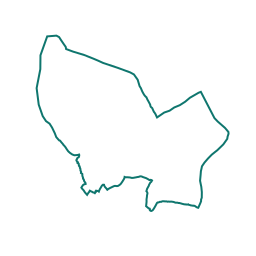 the district of Ogbomosho South, Oyo, Nigeria, rotated 191°
{"feature_id": "59680162B1338580155275", "entity_name": "Ogbomosho South", "entity_type": "district", "adm_level": 2, "iso_a3": "NGA", "parent_name": "Nigeria", "parent_adm1": "Oyo", "projection": "equal_earth", "projection_center": [4.225, 8.102], "detail": "fine", "context": "isolated", "style": "outline", "palette": "teal", "viewbox_px": 256, "rotation_deg": 191, "n_neighbors": 0, "source": "geoboundaries", "source_scale": "gbopen_adm2", "svg_char_len": 4622}
<svg xmlns="http://www.w3.org/2000/svg" viewBox="0 0 256 256"><g transform="rotate(191 128 128)"><path d="M28.7,143.3L32.8,146.6L41.2,151.5L45.0,154.2L63.4,177.4L65.4,176.1L73.0,169.5L76.9,164.7L81.5,160.3L86.5,157.0L90.5,152.9L95.4,150.1L101.5,143.9L102.2,144.8L102.8,145.7L103.7,146.9L104.8,148.1L105.5,148.7L105.7,148.8L105.9,149.1L106.3,149.7L107.1,150.8L107.9,152.0L108.5,152.5L108.8,152.6L109.2,152.8L109.8,153.3L110.3,154.1L110.5,154.6L110.7,155.2L111.6,156.3L112.3,157.2L113.0,158.0L113.6,158.8L114.3,159.5L114.9,160.4L115.8,161.7L116.4,162.0L117.1,162.5L117.5,162.8L118.1,163.3L118.7,163.9L119.5,164.8L120.9,166.5L122.2,168.4L122.9,169.5L124.6,171.3L127.7,177.2L132.4,181.7L136.5,183.0L149.5,185.1L164.8,187.1L170.2,188.4L175.4,189.5L184.9,191.3L196.5,192.5L203.8,193.7L204.6,195.7L207.4,198.4L210.5,201.5L213.0,204.1L215.9,205.0L224.8,202.5L227.8,182.7L225.3,169.0L225.3,149.7L220.1,133.9L214.0,123.4L209.8,119.1L205.8,117.3L202.6,113.9L198.8,108.8L196.7,105.4L194.4,103.6L193.2,102.7L192.2,102.6L190.9,101.4L189.2,100.1L188.5,99.5L188.2,99.1L187.4,98.6L185.8,97.3L184.0,95.4L182.2,93.7L180.2,92.5L177.7,91.4L175.5,91.0L173.0,91.7L171.5,92.2L171.0,92.6L170.7,92.2L170.6,91.3L170.8,89.9L171.7,89.2L172.1,88.5L172.1,87.8L172.4,87.4L172.5,87.0L172.5,86.5L172.4,86.2L172.1,85.9L171.9,85.7L171.6,85.4L171.3,85.3L171.0,85.2L170.9,85.0L170.8,84.9L170.7,84.8L170.8,84.6L170.9,84.4L171.0,84.1L170.7,83.9L170.4,83.9L170.0,83.8L169.9,83.6L169.5,83.4L169.4,83.0L169.3,82.6L169.2,82.3L169.1,82.0L169.0,81.6L168.8,81.4L168.7,81.3L168.4,81.3L168.2,81.2L168.1,80.9L168.0,80.7L167.8,80.3L167.7,80.1L167.7,79.9L167.6,79.6L167.4,79.4L167.3,79.2L167.1,79.1L167.0,78.9L166.9,78.6L166.8,78.3L166.7,77.9L166.6,77.7L166.6,77.3L166.4,77.0L166.1,76.7L165.9,76.3L165.7,76.1L165.6,74.8L164.2,74.3L163.9,73.5L163.7,72.4L162.9,71.0L162.8,70.8L162.6,70.4L162.5,70.2L162.5,69.9L162.5,69.7L162.3,69.5L162.0,69.3L161.7,69.1L161.6,68.9L161.4,68.7L161.3,68.4L161.1,68.0L161.0,67.7L160.8,67.4L160.6,67.2L159.3,66.0L158.9,65.0L160.6,64.1L161.2,63.5L161.8,62.2L162.4,60.6L161.5,59.7L159.7,58.4L158.0,56.6L155.4,54.6L155.1,55.4L154.4,57.0L154.0,57.7L153.8,58.4L153.5,59.2L153.2,59.1L152.7,59.0L152.3,58.8L151.8,58.6L151.4,58.6L150.9,58.5L150.4,58.2L149.8,58.1L149.4,58.1L149.0,58.1L148.6,58.0L148.5,57.9L148.1,57.7L147.9,58.1L147.8,58.5L147.9,58.8L147.8,59.4L147.7,59.4L147.4,59.4L147.4,59.6L147.4,59.9L147.2,59.9L147.2,60.4L146.7,60.4L145.8,60.4L145.1,60.3L144.5,60.0L144.4,60.6L144.3,61.2L144.1,62.2L143.9,62.8L143.2,64.7L142.8,65.9L142.6,66.5L142.0,67.1L141.8,67.5L141.4,67.6L141.0,67.7L140.7,67.7L140.5,67.2L140.1,66.6L139.8,66.2L139.4,65.8L138.8,65.3L138.2,64.9L137.5,64.4L136.9,63.6L136.5,63.4L136.1,63.9L135.6,64.5L134.7,65.2L133.8,66.0L132.7,66.7L132.1,67.3L131.7,67.5L130.6,68.3L130.1,68.6L129.0,68.8L128.5,68.8L128.3,68.8L127.6,68.9L126.8,69.2L126.3,69.7L125.9,70.0L125.6,70.3L124.9,71.1L124.3,72.0L123.7,73.4L123.2,74.5L123.1,74.8L122.8,75.7L122.7,75.9L122.3,76.9L122.0,78.1L122.0,79.3L121.6,79.2L120.3,79.3L119.7,79.4L118.8,79.6L117.7,79.7L117.2,79.8L115.9,79.8L115.1,79.7L114.4,79.8L113.3,80.1L112.7,80.3L111.8,80.7L110.9,81.0L109.8,81.5L108.7,81.9L108.1,82.1L107.4,82.6L106.6,82.9L106.2,83.0L105.2,83.0L104.1,82.7L103.2,82.6L101.9,82.4L100.9,82.3L99.2,81.8L98.3,81.5L97.1,81.0L96.8,81.0L96.1,81.4L95.1,81.4L94.6,81.2L94.4,81.1L94.9,79.6L95.7,78.6L96.2,77.1L96.5,76.1L96.6,75.1L97.0,74.0L97.3,73.0L97.6,72.2L97.7,71.3L97.8,70.4L97.9,69.5L97.5,69.2L97.3,69.0L96.7,68.3L96.4,67.4L96.5,65.6L96.3,63.9L96.2,61.5L95.7,59.1L95.3,54.7L92.6,53.2L92.2,53.0L91.9,52.9L91.7,52.9L91.4,53.0L91.2,52.8L91.0,52.5L91.0,52.4L90.9,52.1L90.9,51.6L90.7,51.4L90.4,51.2L89.8,51.0L89.3,51.0L89.0,51.2L88.5,51.6L88.2,51.9L87.8,52.5L87.1,54.2L86.5,55.9L86.2,56.8L85.7,58.4L85.3,59.8L84.8,60.5L83.9,60.7L82.5,61.7L81.4,61.8L80.5,62.5L79.9,62.7L79.0,62.9L77.9,63.0L76.1,63.3L75.1,63.2L74.4,63.5L73.2,63.6L71.5,64.0L69.7,64.1L68.9,64.1L68.6,64.0L67.9,63.9L67.4,63.8L67.0,63.8L66.5,63.9L65.8,64.0L65.3,64.1L64.7,64.1L64.3,64.0L63.6,64.1L63.1,64.2L62.7,64.1L61.9,64.1L61.1,64.0L60.3,63.9L59.7,63.9L58.4,63.8L57.6,63.9L57.0,63.9L56.6,64.1L56.1,64.0L55.5,64.1L55.4,64.1L55.0,64.2L54.5,64.3L54.3,64.5L54.0,64.3L53.6,64.2L53.1,64.2L52.7,64.2L52.1,64.1L51.5,64.0L50.8,64.1L50.3,64.1L49.6,64.1L49.1,64.1L48.8,64.3L48.4,64.3L47.8,64.3L47.0,64.0L46.3,63.7L45.7,63.4L44.4,63.1L43.8,63.1L42.6,68.4L42.3,70.2L42.6,71.5L42.3,73.7L43.3,79.2L44.8,84.2L45.9,86.8L47.2,90.0L47.8,96.0L48.2,99.5L48.1,102.6L48.1,104.5L46.3,108.7L43.6,113.4L40.7,117.8L38.1,120.9L36.1,123.2L31.3,130.1L28.5,136.3L28.6,138.6L28.2,141.5L28.7,143.3Z" fill="none" stroke="#0f766e" stroke-width="2"/></g></svg>